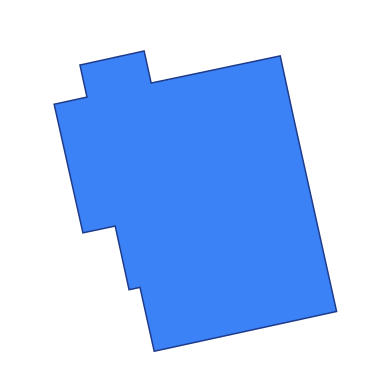 Putnam, Ohio, United States of America (orthographic projection), rotated 78°
{"feature_id": "52423323B37159201054732", "entity_name": "Putnam", "entity_type": "district", "adm_level": 2, "iso_a3": "USA", "parent_name": "United States of America", "parent_adm1": "Ohio", "projection": "orthographic", "projection_center": [-84.197, 41.013], "detail": "fine", "context": "isolated", "style": "filled", "palette": "blue", "viewbox_px": 384, "rotation_deg": 78, "n_neighbors": 0, "source": "geoboundaries", "source_scale": "gbopen_adm2", "svg_char_len": 328}
<svg xmlns="http://www.w3.org/2000/svg" viewBox="0 0 384 384"><g transform="rotate(78 192 192)"><path d="M44.1,209.5L44.5,275.2L77.3,275.0L77.5,308.6L209.3,307.2L209.3,274.2L274.5,273.9L274.5,262.7L339.9,262.1L338.9,75.4L141.7,77.2L77.2,77.4L76.9,209.3L44.1,209.5Z" fill="#3b82f6" stroke="#1e3a8a" stroke-width="1.5"/></g></svg>